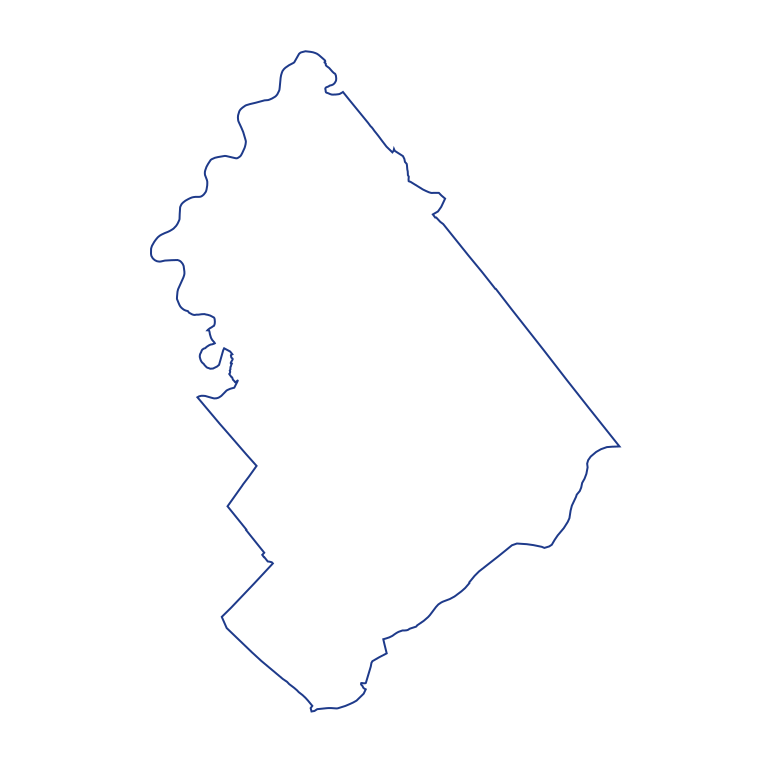 Zamostea, Suceava, Romania (Equal Earth projection), rotated 272°
{"feature_id": "2599482B28326865734351", "entity_name": "Zamostea", "entity_type": "district", "adm_level": 2, "iso_a3": "ROU", "parent_name": "Romania", "parent_adm1": "Suceava", "projection": "equal_earth", "projection_center": [26.217, 47.859], "detail": "fine", "context": "isolated", "style": "outline", "palette": "blue", "viewbox_px": 768, "rotation_deg": 272, "n_neighbors": 0, "source": "geoboundaries", "source_scale": "gbopen_adm2", "svg_char_len": 6120}
<svg xmlns="http://www.w3.org/2000/svg" viewBox="0 0 768 768"><g transform="rotate(272 384 384)"><path d="M329.8,621.5L366.9,589.8L394.2,566.7L423.1,542.7L462.9,509.1L482.9,492.5L482.9,492.0L499.2,478.2L515.6,463.7L545.9,437.6L548.0,434.6L552.2,430.4L552.1,429.4L555.2,426.9L558.3,431.9L563.0,435.0L571.4,438.6L574.4,434.8L576.9,432.2L576.9,430.4L576.6,424.5L577.2,422.2L578.3,419.4L579.7,416.2L587.0,403.4L587.3,402.1L587.6,401.6L589.0,401.4L592.1,401.5L593.6,400.6L597.3,400.3L599.2,399.8L603.4,399.3L604.8,399.0L606.7,397.2L609.6,396.5L612.4,395.0L617.4,386.6L619.1,385.8L617.5,385.5L615.8,384.3L621.3,378.2L626.9,373.6L631.9,369.6L636.8,365.4L638.8,363.9L640.4,362.5L641.0,361.7L644.5,358.9L667.1,339.1L674.4,332.8L673.8,332.0L672.3,329.5L672.0,328.3L671.6,325.5L671.4,321.9L671.8,320.2L672.4,318.7L673.0,317.0L673.0,316.7L673.2,316.2L673.6,315.8L674.4,315.5L675.6,315.4L676.9,315.0L677.7,315.2L678.5,315.9L679.4,318.1L680.3,319.3L680.9,321.4L681.7,322.9L682.5,323.7L683.2,324.3L684.9,325.2L685.7,325.5L687.6,325.6L690.4,325.2L692.0,324.5L692.4,324.2L693.0,323.1L694.3,321.6L697.9,318.2L699.9,315.3L700.4,314.9L701.0,314.6L701.7,314.7L702.2,314.6L702.7,314.1L703.2,313.4L703.5,313.3L704.3,314.0L704.9,313.9L705.2,313.8L706.3,312.6L710.5,307.4L711.6,305.7L712.3,304.0L713.0,301.6L713.4,298.9L713.8,293.9L712.9,290.8L712.4,289.3L711.9,288.6L711.0,287.6L702.4,283.1L701.8,282.4L699.3,278.0L696.7,274.5L695.2,273.0L693.3,271.7L691.7,271.1L689.1,270.4L686.3,270.0L676.3,269.4L674.2,269.2L673.1,268.8L669.6,267.2L667.9,265.8L667.1,264.8L665.4,262.1L664.2,259.6L663.7,258.2L663.3,254.7L660.6,245.9L659.1,240.4L658.0,237.1L657.5,235.9L655.4,233.1L654.2,231.8L653.2,230.9L652.1,230.2L651.2,229.8L647.4,228.8L645.2,228.7L642.7,229.0L641.6,229.3L640.3,229.9L635.2,232.5L630.9,234.5L623.7,236.9L622.1,237.4L621.2,237.5L618.8,237.3L616.4,236.8L615.0,236.4L609.7,234.2L607.7,233.2L606.7,232.5L606.0,231.7L605.0,230.3L604.5,229.3L604.4,228.7L604.5,227.6L606.3,218.4L606.4,217.0L605.0,210.2L604.2,207.2L602.7,204.1L601.9,203.0L597.8,200.5L594.8,199.0L591.3,197.9L589.7,197.6L588.3,197.6L586.7,197.8L581.7,199.9L580.2,200.3L578.7,200.4L576.4,200.4L572.4,199.9L570.7,199.5L569.5,199.0L567.1,197.3L565.8,195.9L565.0,194.6L564.7,193.6L564.6,192.8L564.4,188.8L564.1,187.0L563.7,185.5L563.0,183.9L562.0,182.0L560.3,179.2L558.4,176.9L557.4,176.0L556.5,175.3L555.6,174.9L554.2,174.3L553.5,174.1L546.9,173.9L541.9,173.9L541.1,173.8L539.8,173.3L537.2,172.2L535.8,171.4L534.7,170.7L532.7,168.9L532.0,168.3L530.7,166.5L529.5,164.6L528.4,162.5L527.2,159.7L525.5,156.4L524.4,154.7L522.7,152.8L520.4,151.0L518.0,149.4L514.0,147.3L512.3,146.8L511.0,146.5L506.0,146.6L504.0,147.0L501.7,148.4L501.0,149.1L499.8,150.6L499.4,151.4L498.8,152.8L498.6,154.1L498.5,155.3L498.6,156.5L499.7,160.7L500.3,167.2L500.7,173.3L500.2,175.0L499.7,176.0L499.0,176.9L497.2,178.5L495.3,179.5L494.6,179.7L489.3,180.6L487.1,180.7L485.5,180.4L483.5,179.8L471.5,174.9L469.1,174.4L463.9,174.1L461.8,174.1L458.0,175.8L455.9,176.8L454.4,177.7L453.1,178.9L452.0,180.3L451.1,181.7L450.5,183.2L450.0,185.4L449.7,185.7L448.6,186.5L448.3,187.0L446.9,189.8L446.7,190.4L446.4,191.8L446.4,192.4L446.8,194.5L446.8,196.0L447.4,199.5L447.6,202.1L447.2,203.9L447.0,205.4L446.3,208.0L444.5,211.7L443.8,212.2L442.8,212.5L440.3,212.8L438.2,212.7L436.3,212.1L435.7,211.1L434.7,209.8L433.6,208.0L431.9,206.0L431.5,205.7L431.5,206.1L431.7,206.8L431.1,207.4L430.0,207.8L427.6,208.3L424.1,209.5L422.1,210.7L419.5,213.1L418.8,213.5L418.4,212.8L417.6,210.7L417.4,209.4L416.6,207.8L414.9,205.4L413.6,204.1L413.1,202.7L412.0,201.2L410.9,200.6L409.4,200.1L407.5,199.2L406.6,199.0L405.2,198.9L404.4,199.0L402.1,199.7L400.6,200.4L399.3,201.3L397.5,203.4L396.6,204.0L394.6,206.1L394.1,206.9L393.8,208.2L393.2,209.8L393.5,212.6L395.6,216.5L397.4,218.5L411.6,222.0L412.8,222.4L414.1,223.0L411.1,229.1L408.4,231.4L407.8,230.3L407.4,230.0L407.1,230.0L406.4,230.2L405.4,230.4L405.0,230.6L404.2,231.6L403.9,231.8L403.7,231.9L403.1,231.8L400.9,230.6L399.8,230.1L399.4,230.1L399.2,230.2L399.1,230.4L399.4,231.0L399.0,231.3L398.2,230.7L396.7,230.5L396.0,230.1L395.4,230.0L394.2,229.9L393.3,230.0L392.0,229.4L391.1,229.8L390.3,229.8L389.5,229.6L388.6,229.0L388.4,229.1L385.6,231.3L385.3,232.0L383.5,232.7L383.0,232.9L381.8,234.2L380.6,235.1L380.5,235.3L380.7,235.7L381.7,236.9L382.1,237.2L382.3,237.6L382.2,237.7L381.3,237.4L375.1,234.5L373.9,230.6L372.8,228.3L372.0,226.9L366.5,221.9L365.6,220.7L364.6,219.2L364.2,218.1L363.8,216.7L363.7,214.7L363.8,214.0L364.4,211.4L365.8,205.8L365.9,204.1L365.9,202.8L365.8,201.7L365.4,200.3L365.1,199.4L364.2,198.0L338.5,221.2L331.7,227.6L308.8,248.9L297.7,259.5L286.5,252.1L278.3,246.3L278.0,246.2L256.3,231.9L233.7,251.5L233.3,251.2L211.2,270.2L209.0,268.3L206.8,270.0L206.9,270.3L202.6,274.0L202.4,276.0L201.9,278.1L200.8,279.2L180.2,261.3L155.3,239.2L145.6,230.0L134.6,235.3L111.3,261.3L103.0,271.0L85.6,293.3L82.9,297.6L80.8,299.7L77.2,304.8L74.8,307.8L73.1,309.5L70.3,313.4L67.4,316.7L64.8,319.2L59.8,323.6L57.5,322.0L54.2,323.0L54.8,325.9L56.7,328.6L58.1,338.7L58.3,342.0L58.1,348.0L58.3,349.2L60.9,356.6L62.9,360.9L64.6,364.3L66.6,367.6L73.8,374.5L78.2,376.4L78.8,375.1L79.6,374.0L81.6,372.9L82.4,372.0L83.3,371.5L84.3,371.7L84.4,372.4L84.2,373.8L84.3,375.8L84.6,376.3L101.0,380.6L104.9,381.2L106.6,382.1L110.9,389.0L114.9,396.1L124.4,393.4L128.9,392.2L129.8,395.0L131.0,398.2L132.6,401.2L134.2,403.2L135.7,405.3L136.8,407.2L138.3,411.0L138.4,413.3L138.7,415.4L139.3,416.9L140.2,418.0L140.8,419.5L142.5,424.2L142.8,424.8L143.9,425.5L148.7,432.0L151.2,434.7L152.6,436.2L154.6,437.9L162.9,443.7L165.6,446.0L167.7,448.9L168.6,450.6L171.4,457.3L174.1,461.9L179.4,468.5L182.9,472.2L188.0,476.3L188.7,476.1L195.5,481.3L200.1,485.6L215.9,504.4L227.3,517.5L229.2,522.4L228.9,532.3L228.2,539.0L226.8,547.3L225.8,550.0L227.4,554.7L229.2,557.3L234.2,560.0L238.8,562.9L246.2,568.7L252.7,572.5L256.4,574.0L264.0,574.9L269.0,576.0L277.8,579.8L280.2,580.5L283.9,583.4L287.4,584.7L292.1,585.5L296.3,587.7L301.3,589.4L307.8,590.4L311.5,589.8L315.0,590.7L318.7,593.1L323.5,598.4L326.4,603.1L328.7,608.9L329.3,614.2L329.8,621.5Z" fill="none" stroke="#1e3a8a" stroke-width="2"/></g></svg>